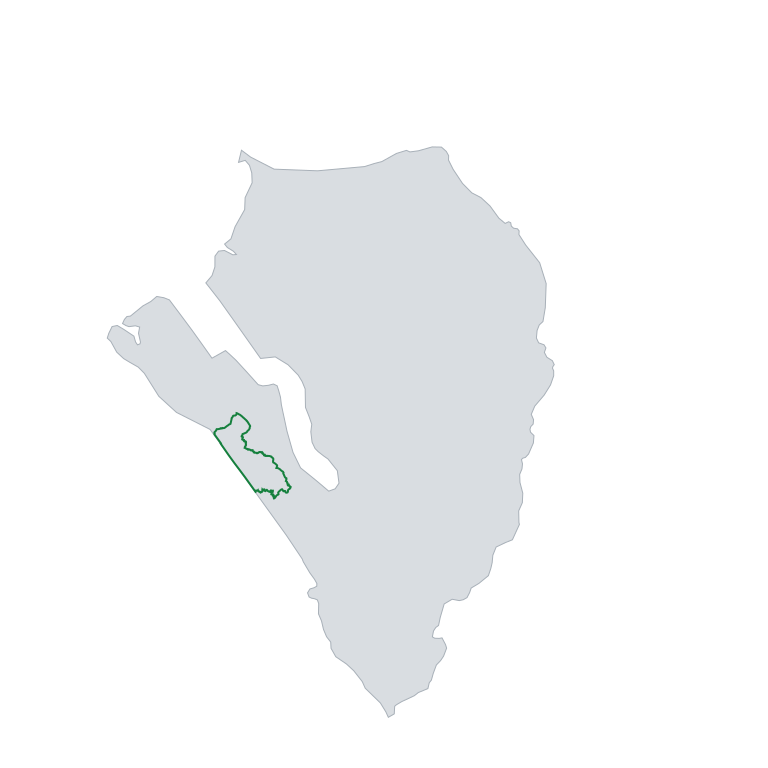 location of Kolda, Kolda, Senegal, rotated 54°
{"feature_id": "50182788B77977720497228", "entity_name": "Kolda", "entity_type": "district", "adm_level": 2, "iso_a3": "SEN", "parent_name": "Senegal", "parent_adm1": "Kolda", "projection": "mercator", "projection_center": [-14.609, 12.87], "detail": "fine", "context": "in_parent", "style": "outline", "palette": "green", "viewbox_px": 768, "rotation_deg": 54, "n_neighbors": 0, "source": "geoboundaries", "source_scale": "gbopen_adm2", "svg_char_len": 8591}
<svg xmlns="http://www.w3.org/2000/svg" viewBox="0 0 768 768"><g transform="rotate(54 384 384)"><path d="M577.2,357.0L585.5,371.7L583.7,378.8L581.8,389.1L586.5,396.6L592.1,401.5L596.0,406.0L600.4,412.2L601.1,424.5L600.3,433.4L603.1,437.4L605.6,442.4L605.1,446.7L603.5,450.4L598.2,455.4L597.3,464.6L605.9,475.7L611.4,481.8L611.4,485.2L612.9,489.1L617.0,493.5L619.5,492.4L622.3,488.8L623.5,486.3L631.0,487.4L634.5,488.6L639.2,495.8L641.0,500.7L642.1,506.8L647.1,514.3L651.4,519.7L652.3,523.0L656.2,527.5L653.8,537.6L654.0,542.7L651.4,556.1L650.8,562.5L651.0,564.8L656.9,569.6L656.2,576.4L650.3,575.2L639.9,574.4L619.1,578.0L612.0,576.5L598.3,577.0L588.6,578.9L576.3,583.3L566.7,582.2L561.5,578.8L554.7,579.0L547.0,577.2L538.9,573.8L531.4,572.1L523.3,565.9L519.5,564.8L516.9,566.4L514.7,568.5L512.3,569.8L508.0,568.6L506.3,564.4L507.7,560.4L508.1,557.3L506.0,555.6L501.1,555.0L493.2,555.0L480.4,553.8L477.4,553.0L448.7,551.9L419.0,551.8L393.7,551.7L361.9,551.6L339.5,551.5L318.6,551.4L302.5,559.6L285.0,568.6L261.6,573.4L234.5,571.6L225.9,572.9L217.0,576.9L210.4,579.7L201.1,581.5L189.1,580.0L184.2,580.9L181.2,576.8L177.7,570.2L179.9,565.4L187.2,562.3L198.3,558.2L204.0,560.3L207.4,560.4L208.1,557.8L207.0,556.4L198.7,552.8L194.3,548.2L190.8,550.9L187.7,556.6L185.1,558.4L181.4,560.0L179.2,556.1L178.3,552.3L180.0,549.3L179.1,532.9L180.2,524.1L179.6,516.4L184.8,511.4L189.8,508.2L209.1,507.9L227.1,507.7L244.4,507.8L262.0,508.0L263.8,492.6L269.4,491.4L277.7,489.8L293.3,488.0L310.6,486.2L314.3,483.2L317.2,478.1L319.0,473.5L322.6,471.5L327.5,473.1L333.8,475.5L340.4,479.2L348.0,482.6L353.0,484.8L365.1,490.2L385.8,497.8L402.8,500.8L423.4,495.3L438.2,491.7L440.1,485.1L437.8,478.7L426.7,472.7L411.7,473.4L407.1,475.0L400.1,477.0L395.8,477.7L388.8,476.4L379.7,471.3L374.1,466.1L366.2,463.7L356.8,461.3L341.7,450.7L333.9,448.8L326.4,448.2L312.1,450.3L298.2,456.0L290.8,468.8L276.9,468.6L247.2,468.2L220.0,467.9L197.5,468.7L195.2,459.4L189.9,452.0L181.2,445.6L179.3,439.7L182.2,434.6L190.6,430.4L192.5,427.3L188.1,427.8L181.5,430.5L177.1,430.7L176.6,422.5L169.2,412.0L161.0,394.2L151.6,386.8L143.7,372.4L135.5,366.9L128.0,364.3L121.5,364.8L119.2,371.4L111.1,361.9L122.1,358.5L145.6,346.6L172.5,312.4L196.7,271.9L199.9,262.3L202.8,255.0L204.8,238.4L208.2,228.5L211.5,226.6L215.6,219.0L220.5,205.7L226.1,198.3L232.4,196.9L237.3,197.5L240.8,200.2L251.0,201.9L267.9,202.6L281.0,200.6L290.2,196.0L302.3,193.6L317.3,193.6L325.3,191.6L326.0,187.8L328.0,186.7L331.1,188.2L334.1,187.6L336.9,184.8L339.6,184.7L342.4,187.0L354.9,187.7L377.4,186.8L398.1,193.8L417.1,208.7L426.9,218.7L427.5,223.7L430.7,228.7L436.4,233.7L441.6,234.7L446.3,231.5L450.0,231.8L452.7,235.7L458.1,236.5L464.1,234.1L468.4,234.9L469.2,237.2L470.2,238.4L473.1,239.0L477.1,241.9L482.6,249.8L487.1,260.9L490.5,275.0L495.1,282.7L500.8,284.0L504.1,286.9L504.7,290.2L506.4,292.5L509.1,293.8L513.9,293.0L519.5,297.8L525.6,308.2L526.5,312.8L525.6,315.3L525.9,317.2L530.0,318.9L533.8,322.3L536.9,327.4L543.6,331.9L553.9,335.9L561.3,341.8L565.8,349.6L575.3,356.2L577.2,357.0Z" fill="#d9dde1" stroke="#a8b0b8" stroke-width="1"/><path d="M325.2,550.8L336.0,550.8L336.0,551.1L336.8,551.2L350.4,551.5L360.1,551.5L369.6,551.3L377.2,551.2L395.8,551.3L395.8,551.1L395.3,550.6L394.7,549.4L394.9,549.6L395.1,549.6L395.5,549.2L396.2,548.9L396.0,548.4L396.8,548.6L397.0,548.4L397.0,548.1L397.0,547.5L397.1,548.0L397.5,548.4L397.9,548.2L397.9,547.9L398.1,547.8L398.6,547.9L399.0,547.8L398.8,547.3L398.9,547.2L399.0,547.1L399.5,546.8L399.6,546.6L399.6,546.3L399.2,545.8L399.2,545.1L399.0,544.8L398.9,544.6L398.1,544.7L397.9,544.5L398.4,544.5L398.6,544.3L398.6,543.5L398.6,543.3L398.9,542.8L399.1,542.9L399.2,543.2L399.4,543.3L399.7,543.4L400.1,543.4L400.9,543.0L400.9,542.8L400.9,542.6L400.8,542.4L400.6,542.2L400.6,541.6L400.8,541.3L400.8,541.0L401.3,540.9L401.7,541.1L402.0,541.0L402.2,540.8L402.5,540.8L403.5,540.3L403.7,540.0L403.9,540.0L404.1,539.9L404.2,539.7L404.1,539.3L403.9,539.3L403.4,539.7L403.6,539.4L403.7,539.0L403.7,538.8L403.7,538.6L403.7,538.4L403.6,538.0L403.7,537.9L404.0,537.9L404.7,537.5L404.8,537.5L405.0,537.7L405.3,537.3L405.2,537.1L404.9,537.0L404.8,536.9L405.0,536.6L405.5,537.0L405.9,537.5L405.6,537.8L405.5,538.8L405.6,539.0L405.9,538.9L406.2,539.0L406.8,539.7L407.0,539.3L407.7,539.1L408.2,538.8L408.3,539.0L408.1,539.0L407.8,539.1L408.0,539.4L408.1,539.5L408.7,539.4L408.9,539.7L409.0,539.7L409.3,539.6L409.5,539.5L409.6,539.4L409.6,539.2L409.4,539.0L409.5,538.8L409.4,538.7L409.5,538.7L409.8,538.8L410.1,538.8L410.2,539.0L410.6,539.6L411.1,540.1L411.9,540.3L412.0,540.0L411.8,539.0L411.8,538.8L411.9,538.7L411.6,538.2L411.5,537.6L411.2,537.3L411.1,536.7L411.1,536.4L411.0,535.7L411.3,534.5L411.2,534.3L411.1,534.0L410.3,533.8L409.7,533.5L409.3,532.5L409.2,531.2L409.0,530.1L409.0,529.1L409.2,528.4L409.4,528.2L410.8,528.4L411.2,528.3L411.4,528.4L411.6,528.4L411.8,527.7L412.2,527.1L412.4,526.9L412.8,526.9L413.3,527.2L413.6,527.3L414.1,527.2L414.5,526.9L414.8,526.5L415.0,525.7L414.9,525.5L414.4,524.8L414.2,524.6L413.9,524.5L413.6,524.2L413.4,523.8L413.2,523.1L413.3,522.3L413.2,521.9L413.3,521.7L413.1,521.4L413.0,520.7L412.9,520.5L412.4,520.3L412.3,520.1L412.1,520.2L411.9,520.1L411.7,520.1L411.4,520.5L410.4,520.6L410.1,520.9L409.9,520.7L409.6,521.3L409.2,521.3L409.0,521.2L408.9,520.7L408.7,520.9L408.0,520.8L407.6,520.6L407.5,520.3L407.1,520.4L406.9,520.4L406.1,520.0L405.5,520.2L404.9,520.4L404.8,520.1L404.3,519.8L403.9,519.1L403.6,519.0L403.1,518.8L402.9,518.4L402.0,518.7L401.5,518.9L400.5,518.8L399.4,518.5L399.1,518.5L398.6,518.3L397.7,518.2L397.2,518.1L396.9,517.7L396.7,517.4L395.5,517.3L394.8,517.7L394.1,517.8L393.3,518.1L391.5,518.4L390.9,518.7L390.5,518.9L389.8,519.2L389.3,519.7L388.7,520.4L387.6,518.8L387.5,518.6L387.1,518.4L386.9,518.4L386.6,518.3L386.0,518.5L384.6,518.7L384.0,519.0L382.8,519.4L382.3,519.7L381.8,519.5L381.0,519.0L380.5,518.4L380.4,518.2L380.0,517.9L379.9,517.9L379.2,517.4L378.9,517.4L378.1,517.6L377.8,517.6L377.4,517.9L376.9,518.0L376.5,517.8L376.3,517.9L374.8,519.1L374.2,519.9L374.0,520.3L373.9,520.4L373.6,520.5L373.4,520.9L373.1,521.4L373.0,521.6L372.8,521.8L372.7,522.0L372.1,522.4L371.5,522.9L371.2,523.0L370.9,522.9L370.6,522.5L370.6,522.4L370.1,522.8L369.7,522.8L369.2,523.1L368.6,522.6L368.3,522.6L368.2,522.6L368.4,523.0L368.2,523.2L367.7,523.1L367.2,523.4L366.7,523.4L366.6,523.5L366.6,523.9L366.3,524.4L366.0,524.5L365.7,524.9L365.7,525.2L365.7,525.6L365.7,526.0L365.8,526.2L365.7,526.6L365.4,526.8L365.4,527.3L365.1,527.3L364.8,527.8L364.4,527.9L364.1,528.3L363.8,528.5L363.5,528.8L363.5,529.1L363.2,529.3L363.1,529.1L362.4,529.0L362.2,529.4L362.0,529.5L361.7,529.5L361.3,529.4L360.9,529.7L360.6,529.8L360.2,529.3L360.0,529.5L359.7,530.0L359.5,530.7L359.1,530.9L358.6,530.9L357.5,531.6L357.6,531.9L357.4,532.1L357.3,532.4L357.2,532.4L357.2,532.6L356.6,532.7L356.3,532.9L356.1,532.8L355.5,533.4L355.2,533.4L355.0,533.6L354.6,533.7L354.2,534.0L353.9,534.0L353.7,534.2L353.0,533.4L352.9,532.6L352.5,532.2L352.4,531.7L352.0,531.6L351.8,531.4L351.7,531.1L351.0,530.9L350.8,530.8L350.6,530.2L350.4,530.1L350.0,530.0L349.6,529.7L349.4,530.0L349.3,529.9L349.1,529.8L348.5,530.0L348.1,530.8L347.8,530.8L347.7,530.8L347.6,530.6L347.4,530.6L347.1,530.7L346.8,530.3L346.7,530.4L346.7,530.7L346.2,530.8L345.9,531.1L345.5,531.3L345.2,531.0L345.1,530.6L344.5,530.3L344.4,529.6L344.1,529.4L343.7,529.4L343.5,529.5L342.7,530.0L342.4,529.7L342.2,528.9L341.9,528.5L341.9,528.3L341.4,527.9L341.4,527.7L341.9,525.9L342.0,525.6L342.0,525.0L342.2,524.6L342.3,523.9L342.2,523.0L342.1,522.7L341.8,522.3L341.6,520.3L341.1,519.1L340.9,518.7L340.3,518.3L339.9,517.9L339.7,517.4L339.6,517.2L339.1,516.9L338.7,516.9L337.6,516.8L336.7,516.8L336.1,516.7L335.6,516.7L335.3,516.6L335.1,516.7L334.5,516.6L333.6,516.7L333.4,516.6L333.0,516.8L332.4,516.7L331.2,517.0L329.2,517.4L328.5,517.5L328.2,517.7L327.4,517.8L326.4,518.0L326.2,518.0L325.5,518.3L325.4,518.3L324.8,518.4L323.9,518.8L323.5,519.1L323.1,519.2L322.9,519.3L322.2,519.6L321.7,520.0L321.4,520.0L320.9,520.4L321.7,521.0L321.9,521.3L322.0,521.6L322.1,522.3L322.1,522.7L321.4,523.9L321.1,524.5L321.2,525.2L321.5,525.5L321.9,526.4L321.9,526.8L322.0,527.2L322.2,527.5L322.5,527.6L326.0,531.6L325.9,532.4L325.7,533.1L325.7,533.7L325.8,534.4L325.7,535.7L325.8,538.6L325.7,539.2L325.5,539.6L324.9,540.2L324.7,540.4L324.8,541.1L324.7,541.4L324.4,541.7L323.9,541.8L323.7,542.4L323.9,542.8L323.8,543.1L323.5,543.7L322.9,545.0L322.2,545.8L322.2,546.0L322.5,546.5L322.7,546.8L323.1,547.7L323.3,549.3L323.6,549.8L324.0,549.9L324.3,550.0L324.6,550.2L324.6,550.3L324.8,550.3L325.0,550.6L325.2,550.8Z" fill="none" stroke="#15803d" stroke-width="2"/></g></svg>